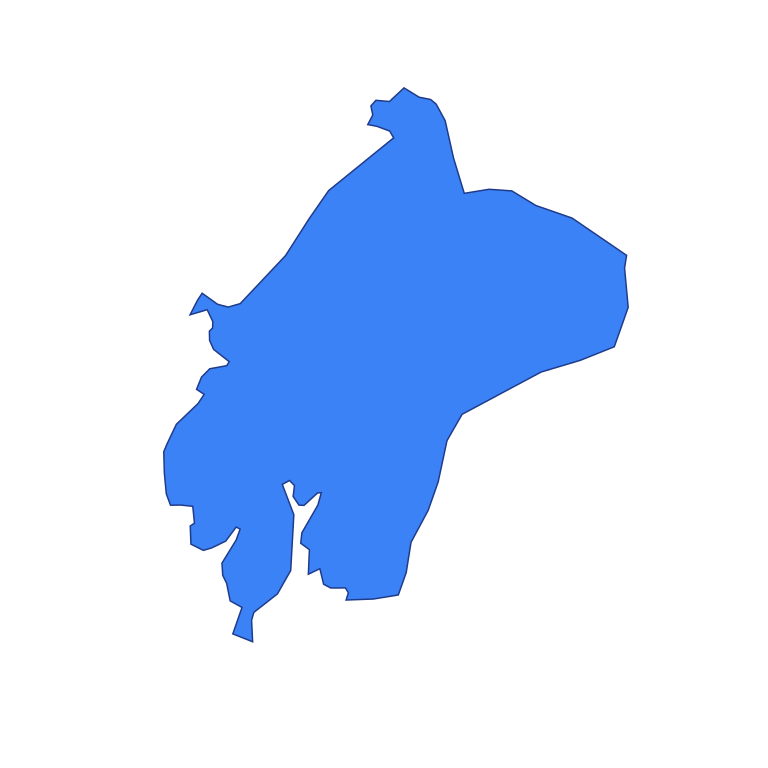 the district of Onchon, P'yŏngan-namdo, North Korea, rotated 19°
{"feature_id": "82179303B53175016570528", "entity_name": "Onchon", "entity_type": "district", "adm_level": 2, "iso_a3": "PRK", "parent_name": "North Korea", "parent_adm1": "P'yŏngan-namdo", "projection": "equal_earth", "projection_center": [125.215, 38.867], "detail": "fine", "context": "isolated", "style": "filled", "palette": "blue", "viewbox_px": 768, "rotation_deg": 19, "n_neighbors": 0, "source": "geoboundaries", "source_scale": "gbopen_adm2", "svg_char_len": 1499}
<svg xmlns="http://www.w3.org/2000/svg" viewBox="0 0 768 768"><g transform="rotate(19 384 384)"><path d="M335.4,99.8L323.8,101.4L306.5,97.5L297.2,115.1L284.0,118.4L281.1,125.4L285.8,133.3L284.2,144.0L293.2,142.7L307.1,143.0L313.1,148.3L312.0,149.7L268.7,219.1L259.4,252.1L249.1,294.6L221.9,354.8L211.6,362.0L200.7,362.8L182.5,357.4L180.4,365.5L178.1,381.7L192.6,371.3L201.8,380.7L203.7,386.8L201.7,390.9L204.9,399.6L211.7,406.8L230.4,413.3L229.3,417.9L218.8,423.8L214.3,426.3L209.2,436.9L208.5,450.1L217.3,452.3L214.6,462.9L200.8,489.7L198.4,511.0L197.8,519.7L205.3,539.7L213.9,558.7L221.6,568.1L231.0,564.7L243.0,561.9L250.1,577.3L247.0,581.3L253.6,598.3L267.4,600.1L274.4,595.1L285.5,584.1L290.8,567.4L295.2,568.0L295.0,579.7L289.1,606.1L293.8,617.4L300.1,623.7L309.2,639.2L322.5,641.5L322.4,669.5L343.7,670.5L335.7,650.4L335.3,642.3L351.6,617.1L356.5,590.7L341.3,536.9L320.5,512.0L326.1,506.0L332.4,509.2L334.7,519.9L343.0,526.2L347.9,524.8L353.5,514.5L356.6,508.7L360.1,507.2L360.9,520.0L354.8,551.4L357.1,561.7L367.4,564.9L374.4,588.5L383.5,579.5L392.1,593.0L400.0,594.2L413.9,589.4L418.3,593.0L418.5,600.6L444.1,590.7L466.2,578.8L466.3,568.0L466.4,554.9L465.9,552.3L461.1,524.9L466.9,489.0L467.1,459.0L462.0,417.1L467.7,387.2L506.5,345.4L528.7,321.5L561.9,297.7L589.6,273.8L589.8,252.9L589.9,232.0L573.7,196.0L571.5,183.4L507.9,165.9L469.4,165.8L442.0,159.8L419.9,165.7L397.8,177.6L376.1,147.6L356.1,115.1L342.1,102.3L335.4,99.8Z" fill="#3b82f6" stroke="#1e3a8a" stroke-width="1.5"/></g></svg>